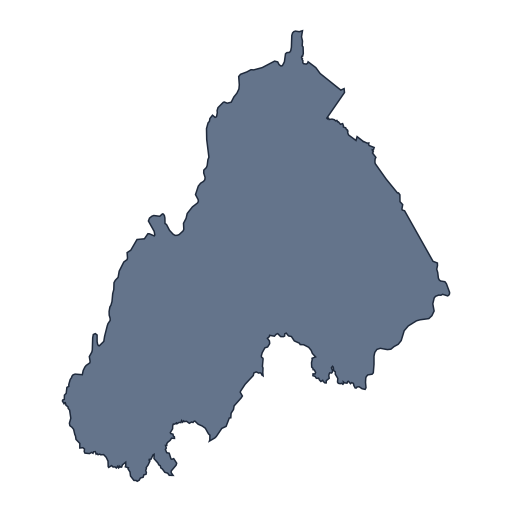 Coyaima, Tolima, Colombia (Equal Earth projection)
{"feature_id": "7082276B89434947154021", "entity_name": "Coyaima", "entity_type": "district", "adm_level": 2, "iso_a3": "COL", "parent_name": "Colombia", "parent_adm1": "Tolima", "projection": "equal_earth", "projection_center": [-75.157, 3.75], "detail": "fine", "context": "isolated", "style": "filled", "palette": "slate", "viewbox_px": 512, "rotation_deg": 0, "n_neighbors": 0, "source": "geoboundaries", "source_scale": "gbopen_adm2", "svg_char_len": 6023}
<svg xmlns="http://www.w3.org/2000/svg" viewBox="0 0 512 512"><path d="M437.4,263.0L433.0,261.3L404.6,210.8L402.3,210.0L401.9,209.1L402.7,204.6L400.0,201.7L399.9,194.8L398.5,192.9L397.4,192.9L386.1,179.0L375.2,163.6L374.9,162.0L375.1,159.0L375.9,157.4L372.5,153.0L373.3,151.7L372.4,150.6L372.3,149.7L373.4,149.9L374.2,147.5L369.1,145.5L368.6,144.2L368.9,143.0L367.0,143.1L363.6,141.5L363.1,142.2L363.2,141.4L357.1,136.6L356.0,140.5L348.6,135.0L347.7,132.9L347.9,131.0L347.3,130.7L347.4,130.0L346.0,128.8L345.7,127.8L343.4,127.0L343.4,125.6L342.6,123.6L340.5,124.3L338.4,121.8L337.7,121.9L336.9,120.4L335.6,120.9L334.3,119.7L332.0,119.1L329.1,119.5L328.6,118.2L327.5,118.9L326.8,118.1L344.5,92.5L344.1,88.6L340.8,90.1L320.1,73.5L315.8,67.6L308.1,61.8L307.6,63.2L306.3,64.1L303.6,63.7L302.8,62.7L302.9,60.6L302.0,59.4L302.4,58.6L301.5,57.8L301.8,56.2L302.6,56.2L303.3,53.5L303.1,47.0L302.2,45.8L302.5,41.1L301.5,36.8L302.5,30.7L299.3,31.7L295.4,31.1L293.9,31.6L292.6,32.9L291.8,35.4L291.4,47.3L290.7,50.8L289.5,52.4L286.9,52.6L285.5,53.8L284.4,61.8L282.7,65.1L281.9,65.9L280.7,65.9L279.0,64.5L277.7,61.9L274.6,61.1L262.2,67.6L253.7,69.9L251.0,69.7L246.9,71.9L240.5,74.3L238.7,76.5L239.3,84.9L238.9,89.0L236.9,93.2L233.9,96.9L231.2,102.2L227.2,103.2L224.3,102.0L223.3,102.3L218.0,107.6L217.1,110.6L217.3,112.7L216.5,116.7L215.1,117.4L212.5,115.2L209.9,118.5L209.4,121.4L208.1,122.8L206.5,128.6L206.7,139.4L208.9,157.2L207.9,159.7L207.2,165.4L206.4,167.5L203.8,170.1L203.7,173.0L205.1,177.5L204.8,179.8L203.5,181.4L200.6,183.2L198.3,186.1L195.5,194.6L198.2,199.7L198.3,201.4L197.6,202.9L192.4,206.9L187.2,213.5L186.1,218.3L183.5,223.3L183.8,229.3L183.1,230.9L179.1,234.6L177.2,235.3L175.0,235.4L173.0,234.1L169.5,230.3L166.5,224.5L165.0,223.5L164.9,218.0L164.4,215.6L163.4,214.1L162.4,213.9L159.7,216.3L153.8,215.5L151.9,216.2L149.5,218.1L148.4,221.0L154.2,231.4L154.8,235.0L154.2,235.9L149.4,233.8L147.9,233.7L144.4,238.8L137.0,239.5L130.8,250.2L127.1,252.6L127.5,258.0L127.1,259.6L123.8,262.0L119.2,271.1L118.1,277.4L115.3,280.3L114.0,282.7L113.8,289.5L112.7,293.6L112.0,301.5L110.9,305.3L109.9,306.9L109.1,311.4L109.2,315.2L110.1,318.2L110.2,320.4L108.0,323.6L107.2,326.0L104.6,336.3L103.8,341.4L99.3,345.8L98.4,345.6L97.6,344.2L97.1,341.6L97.1,335.0L95.3,333.6L93.3,334.5L92.7,337.7L92.3,350.0L91.8,352.1L89.3,356.6L90.1,361.4L89.8,362.9L86.2,365.4L84.9,367.0L83.2,370.5L82.3,374.7L75.1,374.1L73.1,374.8L72.0,376.1L71.5,377.7L70.2,379.5L68.8,384.4L68.8,386.4L66.9,387.4L66.2,393.3L64.4,395.2L64.3,399.4L62.7,400.0L62.4,401.0L64.0,403.7L64.6,402.7L65.3,402.6L66.0,405.3L68.0,406.8L68.2,408.4L69.6,410.1L70.8,418.2L69.4,423.2L69.9,425.7L71.9,427.2L73.6,429.3L74.8,434.5L75.5,436.0L76.0,439.4L79.8,443.4L79.8,448.0L82.9,447.7L84.5,449.0L84.2,451.5L84.9,453.1L89.5,453.6L91.4,452.4L93.0,453.3L93.5,451.8L95.3,451.6L96.1,454.2L97.0,453.6L98.0,454.7L99.8,454.1L100.7,454.8L103.6,454.6L106.2,457.3L108.0,461.1L108.2,466.6L108.7,467.4L111.6,465.6L113.0,467.0L115.0,466.9L116.3,468.0L117.6,466.3L118.5,468.0L119.1,467.5L119.3,466.1L120.3,467.1L120.8,466.7L121.6,467.1L122.5,464.8L125.7,462.2L125.8,465.1L125.3,466.8L128.4,467.8L128.0,468.8L130.0,472.0L130.5,476.0L133.9,480.4L136.2,480.5L137.2,481.3L139.2,480.2L140.4,478.0L143.1,477.3L143.9,474.8L146.0,474.3L146.4,472.5L145.7,470.5L146.4,468.6L146.2,467.6L148.1,465.0L149.9,461.0L149.8,460.4L149.2,460.4L149.2,459.4L151.1,459.1L153.0,454.9L154.1,454.3L154.0,458.6L157.9,463.0L158.8,464.9L160.3,465.7L160.8,467.9L162.4,469.0L164.8,472.3L167.7,473.2L169.2,475.3L173.1,475.4L171.2,472.7L171.2,471.0L176.1,465.2L176.7,463.2L173.7,458.6L171.9,459.3L171.0,458.9L169.2,453.2L166.7,452.7L165.4,449.4L166.3,448.1L165.5,445.4L166.8,445.4L166.7,443.8L167.6,442.4L170.1,440.4L171.6,438.2L174.5,438.4L174.4,436.8L173.3,436.0L173.0,434.2L170.7,433.5L170.3,432.6L172.6,428.8L172.7,425.8L173.3,424.1L174.8,424.1L176.5,422.9L176.9,423.8L179.1,422.4L180.9,422.6L181.6,420.6L182.6,422.2L183.7,420.9L184.3,421.6L186.6,421.3L189.3,423.3L191.6,422.0L193.0,422.5L194.0,421.3L194.9,421.1L198.1,424.2L202.2,426.0L205.3,428.2L208.5,433.9L209.9,435.1L209.8,440.0L209.4,441.1L214.9,437.9L216.3,436.5L221.8,428.4L226.1,426.4L229.3,418.0L230.8,417.8L231.1,413.2L233.5,409.5L234.1,405.9L241.2,397.9L242.4,396.0L240.2,392.2L240.5,391.3L245.1,384.3L253.3,375.5L253.8,373.0L256.2,371.9L258.8,373.1L260.0,372.7L261.3,373.4L261.7,374.8L263.1,375.8L262.8,372.8L263.0,368.0L262.4,366.4L263.1,358.9L262.8,358.1L261.6,357.3L261.3,356.0L262.2,352.7L264.9,347.8L267.6,347.0L269.4,344.1L269.7,343.3L269.4,340.9L267.4,338.3L269.4,336.6L269.6,335.3L274.4,336.2L276.1,334.3L277.7,333.6L280.6,336.6L283.3,336.7L284.6,336.1L284.8,333.8L286.2,333.1L288.5,335.9L291.4,336.5L294.3,340.9L299.4,343.2L300.2,344.6L303.6,344.7L308.7,347.3L311.2,350.4L312.4,353.5L315.6,356.9L312.0,358.3L312.2,359.7L311.5,362.7L311.7,367.1L312.9,368.3L313.1,369.7L314.3,369.9L315.6,372.4L315.1,373.9L313.0,373.9L312.9,375.7L315.1,376.4L316.0,377.9L316.8,378.4L318.6,378.2L319.4,379.9L320.9,381.5L322.7,380.3L323.3,381.5L324.9,382.9L326.2,382.9L326.3,380.7L329.2,378.3L328.8,375.4L329.2,373.9L329.8,372.8L331.6,373.0L332.3,372.1L332.6,370.8L331.4,367.8L332.5,366.3L333.3,367.2L333.7,370.6L335.3,371.8L335.3,374.2L337.8,378.4L337.5,382.0L338.3,383.3L340.2,383.7L341.5,383.3L342.9,384.3L343.4,383.7L343.3,381.8L344.4,382.8L347.0,383.2L347.7,381.5L348.5,381.3L350.5,383.7L351.7,382.6L353.4,383.4L353.9,385.6L355.2,388.0L356.3,388.0L357.0,387.0L359.1,386.7L362.0,388.7L365.1,389.4L366.0,387.7L365.5,382.3L365.8,377.7L366.4,376.5L367.8,374.9L372.1,374.2L373.3,372.8L374.0,364.3L374.0,356.1L374.8,352.4L376.9,349.4L380.3,348.3L387.4,349.6L390.9,349.2L394.0,346.6L398.2,344.3L401.2,340.6L404.2,330.7L408.3,325.9L416.5,320.8L420.0,319.8L428.8,318.6L431.9,315.7L434.1,311.0L432.8,303.8L434.2,297.9L435.6,296.3L438.6,295.1L441.0,295.2L442.6,294.3L447.7,295.9L448.9,295.0L449.5,293.9L449.6,292.4L446.4,283.7L444.9,281.7L440.6,281.0L439.3,280.0L438.4,278.2L437.7,272.4L436.7,269.2L437.5,265.6L437.4,263.0Z" fill="#64748b" stroke="#1e293b" stroke-width="1.5"/></svg>